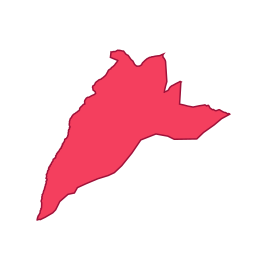 the district of Berekum West, Brong Ahafo, Ghana, rotated 82°
{"feature_id": "2480657B54527757245703", "entity_name": "Berekum West", "entity_type": "district", "adm_level": 2, "iso_a3": "GHA", "parent_name": "Ghana", "parent_adm1": "Brong Ahafo", "projection": "mercator", "projection_center": [-2.676, 7.472], "detail": "fine", "context": "isolated", "style": "filled", "palette": "rose", "viewbox_px": 256, "rotation_deg": 82, "n_neighbors": 0, "source": "geoboundaries", "source_scale": "gbopen_adm2", "svg_char_len": 5623}
<svg xmlns="http://www.w3.org/2000/svg" viewBox="0 0 256 256"><g transform="rotate(82 128 128)"><path d="M206.4,230.7L206.1,228.7L206.5,227.6L204.9,222.6L201.5,214.3L198.9,211.0L191.3,205.8L185.3,196.6L184.9,190.1L180.0,186.4L177.3,177.3L174.0,164.8L172.3,154.2L170.3,147.7L164.4,139.4L153.4,127.7L141.6,117.0L137.8,101.2L141.6,89.7L145.6,83.8L148.4,61.4L142.9,53.8L136.9,42.2L131.8,34.1L128.5,25.3L128.1,25.5L128.0,25.9L127.7,26.3L127.7,27.7L126.7,28.7L126.4,29.1L126.1,29.7L125.9,30.6L125.7,31.0L125.0,31.9L123.4,34.0L123.0,34.4L122.7,34.8L122.6,35.1L122.6,35.4L122.6,35.8L122.9,36.9L123.1,38.0L123.1,38.3L123.0,39.1L122.9,39.3L121.9,40.5L121.7,40.7L121.6,40.8L121.6,41.9L119.8,43.8L119.4,44.1L118.0,44.6L117.6,44.8L117.1,45.0L116.7,45.4L117.0,47.2L116.6,47.6L115.8,48.6L115.9,50.4L115.9,53.8L116.3,60.3L116.4,60.5L115.6,62.7L114.6,65.8L113.1,69.3L111.5,73.6L90.0,69.3L89.8,68.9L89.3,69.5L89.2,70.0L89.3,70.4L89.6,70.9L89.9,71.9L90.7,74.3L92.0,77.6L92.2,78.5L92.6,79.3L93.5,80.7L94.5,81.6L95.6,82.4L96.0,82.8L96.4,83.3L96.7,84.3L97.0,85.0L97.2,85.4L97.0,86.0L97.2,86.6L97.6,86.9L97.5,87.1L97.0,86.8L95.3,86.4L94.1,85.9L91.5,84.9L87.5,83.1L69.1,81.7L68.1,81.6L67.0,81.6L66.1,81.8L65.3,82.1L64.5,82.4L64.0,82.6L63.7,82.8L63.1,83.4L60.6,83.4L60.4,83.3L59.7,82.6L60.3,85.0L60.6,85.6L60.8,87.1L60.7,88.6L60.7,91.2L60.9,93.3L60.8,94.5L61.1,95.5L61.1,96.6L61.2,97.2L61.7,98.2L61.9,99.2L63.5,101.8L64.7,103.4L65.6,104.6L66.2,105.1L67.3,105.7L68.3,108.0L68.0,110.8L66.0,112.6L64.3,113.2L63.7,113.4L62.3,113.9L62.1,114.2L60.4,115.6L56.2,117.7L56.2,117.8L54.6,119.8L51.2,121.7L51.2,122.2L49.9,125.5L50.1,125.8L49.9,126.5L49.5,127.1L49.6,127.5L50.1,128.9L50.4,129.4L50.5,130.1L50.4,131.1L50.3,131.5L50.3,132.2L50.5,132.5L50.4,133.1L50.5,133.6L50.5,133.8L50.3,134.2L55.6,135.6L59.7,128.7L60.3,129.0L62.8,131.6L63.7,132.4L64.3,133.1L64.6,133.7L65.0,134.2L65.4,134.8L65.5,135.0L65.6,135.4L65.8,135.8L66.2,136.3L66.9,136.7L67.0,136.9L67.3,137.9L67.8,138.9L68.4,139.6L69.3,140.1L71.9,142.1L72.4,142.5L73.5,143.9L73.8,144.4L74.0,144.7L74.2,145.1L74.6,145.6L74.9,146.1L75.1,146.7L75.3,147.1L75.7,147.6L75.9,148.0L76.2,149.8L76.3,150.1L76.8,151.0L77.1,151.3L77.5,152.2L77.9,153.0L78.2,153.3L79.1,154.3L79.5,154.4L80.6,155.2L80.9,155.6L81.2,156.2L81.6,157.1L82.9,157.5L83.2,157.3L83.6,157.3L85.4,157.3L85.6,157.3L85.8,157.1L86.6,156.2L87.6,155.4L89.3,155.3L90.2,156.8L90.4,157.5L90.7,158.7L91.3,160.4L92.0,162.1L92.1,162.6L92.0,163.5L92.1,164.0L92.8,165.3L93.7,166.0L94.5,166.8L95.6,167.3L97.4,167.4L98.2,167.5L98.2,167.8L98.4,168.8L98.5,169.0L99.3,169.9L99.9,170.7L100.4,171.4L100.6,171.8L101.7,173.0L103.5,173.6L104.0,174.2L104.4,175.2L105.2,176.3L105.4,177.1L106.1,178.0L106.7,179.6L107.6,180.9L108.4,181.6L108.7,182.0L109.8,182.5L110.5,183.7L113.5,185.1L114.6,185.2L114.9,185.2L115.2,185.3L115.4,185.5L115.8,185.6L116.5,185.7L117.2,185.7L117.8,185.6L118.2,185.5L118.5,185.3L118.7,185.2L118.9,185.2L119.1,185.3L119.4,185.8L119.8,185.9L119.9,186.1L120.3,186.0L121.0,186.2L121.0,186.3L121.4,186.9L121.5,187.0L121.9,187.2L122.3,187.3L123.3,187.3L123.5,187.4L123.8,187.7L124.2,187.8L125.2,188.0L126.0,188.0L126.3,188.1L126.7,188.5L126.9,188.6L127.2,188.6L127.7,188.9L127.9,188.9L128.3,189.1L128.7,189.6L129.9,190.6L129.9,191.0L130.0,191.4L130.1,191.5L130.4,192.2L130.7,192.3L131.7,192.6L132.5,192.8L133.1,193.6L133.4,193.7L133.7,194.0L134.1,194.5L134.6,194.7L134.8,194.7L134.9,195.2L135.6,195.2L135.7,195.4L136.6,195.7L136.7,195.8L136.8,196.2L136.9,196.3L137.3,196.3L137.6,196.6L137.8,196.6L138.3,196.7L138.5,196.8L138.4,197.1L138.5,197.3L138.7,197.5L139.2,198.0L139.4,198.0L139.5,198.2L139.8,198.5L140.7,199.3L141.1,199.4L141.4,199.8L142.0,200.4L142.2,200.7L142.2,200.9L142.3,201.1L142.9,201.2L143.2,201.7L143.3,201.9L143.5,202.0L143.7,202.3L144.1,202.3L144.3,202.3L144.4,202.5L144.8,202.8L145.0,203.0L145.3,203.1L145.4,203.4L145.5,203.5L146.0,203.4L146.5,203.6L146.7,203.8L147.4,203.8L147.5,203.9L147.7,204.4L147.6,204.8L147.9,205.1L148.1,205.5L148.5,205.9L148.5,206.2L148.6,206.4L150.0,206.9L150.6,207.2L151.2,208.0L152.8,209.1L153.3,209.1L153.6,209.8L153.8,210.0L154.6,210.2L154.8,210.4L154.7,210.6L154.8,210.8L155.2,210.9L155.2,211.0L155.3,211.1L155.6,211.2L155.6,211.5L156.0,211.8L156.5,212.0L156.9,212.3L157.1,212.3L157.4,212.2L157.7,212.1L157.9,212.1L158.1,212.4L158.7,213.0L159.2,213.5L159.9,213.7L160.7,214.0L161.3,214.1L161.5,214.3L162.0,214.5L162.2,214.9L162.3,215.0L162.6,215.3L164.4,215.3L164.6,215.3L165.8,215.8L166.1,215.8L166.2,216.1L166.4,216.2L166.6,216.1L167.0,215.7L167.1,215.4L167.4,215.3L168.9,215.8L169.2,216.5L169.4,216.6L169.8,216.6L170.2,216.5L170.7,216.5L171.0,216.6L171.3,216.9L171.9,216.9L172.1,217.1L172.4,217.5L172.6,217.6L172.8,217.5L173.9,218.0L174.5,218.2L174.6,218.4L174.8,218.5L175.0,218.5L175.3,218.5L175.5,218.7L175.7,218.9L176.2,218.9L176.7,219.3L177.2,219.3L177.5,219.4L177.6,219.6L178.0,219.9L178.1,220.1L178.9,220.4L179.0,220.5L179.9,220.8L180.4,220.9L180.5,221.0L181.2,221.4L181.8,221.9L182.0,222.2L182.1,222.3L183.2,222.3L183.5,222.4L183.8,222.7L184.0,222.8L184.3,222.9L184.6,223.0L185.4,222.9L185.7,222.9L186.0,223.2L186.4,223.3L186.8,223.4L186.9,223.5L187.1,223.7L187.9,224.0L188.2,224.2L188.7,224.2L189.7,223.9L190.9,224.0L192.6,224.3L195.2,224.8L195.4,225.1L195.6,225.4L195.9,225.5L196.1,225.4L196.6,225.5L197.1,225.9L197.3,226.1L197.5,226.3L198.0,226.4L198.6,226.6L199.7,226.9L200.3,227.2L200.4,227.4L201.0,227.8L201.9,228.5L202.1,228.7L202.1,228.8L202.3,229.0L202.5,228.9L202.7,229.0L202.8,229.1L203.2,229.5L203.5,229.7L203.8,229.7L203.9,229.9L204.7,230.2L204.9,230.3L205.1,230.4L205.8,230.3L205.9,230.5L206.0,230.7L206.4,230.7Z" fill="#f43f5e" stroke="#9f1239" stroke-width="1.5"/></g></svg>